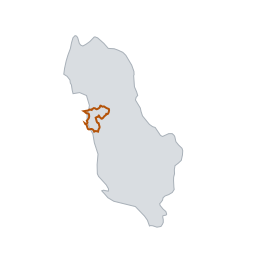 location of Durrës within Albania, rotated 343°
{"feature_id": "ALB-1494", "entity_name": "Durrës", "entity_type": "County", "adm_level": 1, "iso_a3": "ALB", "parent_name": "Albania", "parent_adm1": "", "projection": "mercator", "projection_center": [19.648, 41.417], "detail": "fine", "context": "in_parent", "style": "outline", "palette": "amber", "viewbox_px": 256, "rotation_deg": 343, "n_neighbors": 0, "source": "natural_earth", "source_scale": "10m", "svg_char_len": 2787}
<svg xmlns="http://www.w3.org/2000/svg" viewBox="0 0 256 256"><g transform="rotate(343 128 128)"><path d="M85.5,79.1L85.7,75.6L86.5,70.1L86.0,68.2L86.5,65.1L84.9,60.8L82.3,57.8L84.8,52.4L88.5,45.8L91.9,40.7L96.1,35.2L98.9,30.0L101.8,25.6L104.4,24.2L105.7,25.1L106.3,27.1L106.2,32.9L107.0,34.9L108.8,36.4L112.5,35.6L116.7,34.2L122.3,31.1L123.2,31.3L125.3,32.9L129.6,39.9L132.4,46.1L138.0,48.2L141.2,50.6L145.2,54.2L147.2,57.9L149.9,69.0L150.2,75.7L149.4,78.8L148.7,79.6L146.2,90.5L146.8,96.0L146.8,99.7L144.7,101.1L143.3,103.4L145.6,112.5L145.3,116.3L145.4,120.7L149.5,130.8L151.9,133.9L154.1,135.4L156.9,144.6L158.5,146.2L165.3,145.3L168.6,146.3L169.9,148.5L170.2,150.0L169.8,155.1L171.4,159.1L173.7,163.2L173.7,165.7L172.2,169.7L169.5,174.5L165.9,176.3L161.9,177.8L160.1,181.5L159.1,185.4L157.3,188.3L156.2,191.5L154.6,197.9L154.2,200.3L151.5,202.6L147.4,203.6L143.7,203.8L141.2,204.9L139.9,207.1L137.5,208.9L136.1,209.7L136.1,211.6L137.8,215.7L139.8,219.0L139.8,221.7L138.9,222.4L135.8,222.1L135.2,223.1L134.9,226.0L134.1,228.6L132.8,230.1L130.7,231.8L126.7,231.3L123.0,228.7L121.0,227.9L119.9,228.0L119.6,221.8L118.0,217.0L112.1,205.3L93.0,193.9L88.4,188.8L86.5,184.5L84.5,180.4L86.4,180.3L88.3,181.4L90.7,182.6L91.6,180.6L90.6,176.1L85.7,165.7L85.3,162.8L87.7,154.1L91.7,144.2L91.5,132.3L92.7,123.2L91.3,117.4L90.7,110.2L93.6,100.5L96.2,98.2L97.7,95.1L97.8,84.8L92.1,80.0L85.5,79.1Z" fill="#d9dde1" stroke="#a8b0b8" stroke-width="1"/><path d="M94.6,121.6L94.5,120.4L93.9,119.2L93.1,118.4L92.3,118.1L91.2,118.1L90.2,117.9L89.5,117.3L89.3,115.9L89.3,113.1L89.1,112.5L88.3,111.7L88.2,110.9L88.9,111.8L90.0,111.8L90.9,110.8L90.7,109.0L91.9,108.3L93.2,107.3L94.2,105.8L94.6,104.0L94.5,102.8L94.1,102.4L93.6,102.2L92.8,101.9L92.1,101.1L91.3,99.7L90.7,99.0L95.2,99.6L96.7,99.1L96.9,99.2L98.5,100.1L98.7,99.7L98.8,99.6L99.0,99.5L99.8,99.4L100.9,99.0L101.2,99.0L102.1,99.5L102.4,99.7L102.8,100.3L103.1,100.6L103.5,100.9L104.1,100.9L104.9,100.8L106.6,100.3L107.2,99.8L107.6,99.4L107.6,99.1L107.8,98.9L108.1,98.6L108.3,98.6L108.6,98.8L109.1,99.4L109.6,99.9L109.9,100.2L111.3,100.3L113.2,102.6L115.2,104.2L115.2,105.0L115.1,105.4L115.0,105.7L114.3,107.0L113.9,107.6L113.0,108.5L112.5,108.7L112.1,108.6L111.6,108.2L111.4,108.1L111.2,108.3L111.2,108.6L111.1,108.8L110.8,109.0L108.7,109.9L107.1,111.0L106.6,111.2L106.2,111.4L105.5,111.4L105.2,111.2L105.0,110.7L104.9,110.4L104.7,110.2L104.4,109.8L104.2,109.5L104.1,109.2L103.9,108.0L103.8,107.6L103.6,107.5L103.3,107.8L103.1,108.2L102.9,108.5L102.6,108.6L101.5,108.4L100.1,108.7L100.0,112.6L100.1,113.4L100.4,114.1L100.7,114.4L101.2,114.6L101.3,114.9L101.3,115.5L101.2,116.7L101.2,117.5L101.2,118.3L101.0,119.1L100.7,119.6L99.4,120.8L98.3,122.7L97.3,122.0L95.9,121.4L94.6,121.6L94.6,121.6Z" fill="none" stroke="#b45309" stroke-width="2"/></g></svg>